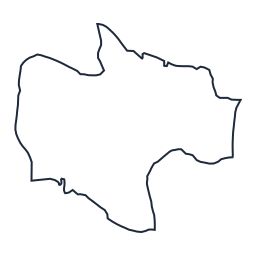 Qafl Shammar, Hajjah, Yemen
{"feature_id": "15242507B49516524141793", "entity_name": "Qafl Shammar", "entity_type": "district", "adm_level": 2, "iso_a3": "YEM", "parent_name": "Yemen", "parent_adm1": "Hajjah", "projection": "natural_earth1", "projection_center": [43.357, 15.907], "detail": "fine", "context": "isolated", "style": "outline", "palette": "slate", "viewbox_px": 256, "rotation_deg": 0, "n_neighbors": 0, "source": "geoboundaries", "source_scale": "gbopen_adm2", "svg_char_len": 2571}
<svg xmlns="http://www.w3.org/2000/svg" viewBox="0 0 256 256"><path d="M97.3,24.0L101.1,40.7L101.1,45.1L99.4,49.1L98.0,53.1L98.1,58.0L100.1,61.4L102.0,65.9L104.0,70.5L100.2,74.4L96.2,75.3L92.3,75.3L91.8,75.3L88.4,75.2L84.3,74.3L82.0,74.2L80.4,74.2L77.3,71.0L73.3,68.9L69.2,67.0L65.2,64.9L64.5,64.5L60.7,62.6L58.7,61.7L56.5,60.7L52.8,59.2L49.2,57.8L45.4,56.7L41.4,55.3L37.3,54.5L35.2,55.5L33.6,56.3L29.8,57.6L26.3,59.8L23.4,62.6L21.0,65.9L20.5,70.5L19.7,75.4L19.0,80.2L18.8,84.9L20.1,90.6L18.3,95.5L18.1,100.8L17.9,105.4L17.2,110.8L16.8,115.4L16.2,120.2L15.5,125.0L15.5,125.5L15.4,129.6L16.3,134.2L18.0,138.4L20.2,142.7L22.8,146.4L25.5,149.5L28.0,152.9L30.1,157.6L31.7,162.1L31.5,180.7L50.2,178.8L54.7,180.0L55.0,180.1L58.2,182.1L59.0,183.4L58.9,184.1L59.1,184.6L59.4,184.9L60.0,184.8L60.7,184.4L61.3,183.5L61.4,182.7L61.4,181.2L61.1,179.4L61.7,178.7L64.2,179.3L64.5,181.6L64.5,183.0L64.5,184.0L64.4,186.0L64.1,187.3L64.0,189.3L64.0,190.3L64.8,192.7L65.2,193.2L67.9,192.8L69.1,192.4L72.7,190.0L75.2,192.2L77.0,193.7L77.9,194.4L80.3,194.2L82.5,194.6L85.6,195.2L88.5,198.2L88.7,198.3L94.1,202.3L100.5,207.3L104.7,210.0L107.3,214.1L107.7,218.4L109.1,219.4L112.8,221.8L117.0,224.2L121.5,226.4L122.2,226.7L122.8,226.9L125.3,228.0L129.3,229.8L133.1,230.6L137.0,231.6L141.4,232.0L145.4,231.0L146.6,230.5L149.1,229.5L153.1,229.6L154.2,229.8L154.7,229.9L154.8,228.2L154.8,223.9L154.6,219.5L154.2,215.2L152.9,211.0L151.8,206.5L151.3,201.7L150.1,197.4L149.8,196.4L148.9,192.7L147.8,188.2L146.9,183.7L147.2,180.1L147.4,178.7L147.2,176.3L150.2,170.7L151.2,168.4L154.0,163.5L157.6,161.8L158.6,161.0L163.2,157.0L169.7,151.6L172.0,150.4L174.7,150.0L178.4,149.2L181.3,149.3L185.8,153.7L189.1,154.2L189.9,154.4L192.7,155.3L196.8,160.2L200.6,161.9L204.7,162.6L209.3,163.6L213.8,163.5L218.2,161.7L221.2,159.2L225.0,158.2L228.8,157.5L232.5,157.3L232.8,155.9L232.7,151.0L232.6,146.1L232.7,141.3L232.9,136.2L233.2,131.4L233.8,126.4L234.2,122.1L234.9,116.6L235.3,112.2L236.4,107.8L238.6,103.6L240.6,99.9L239.5,99.9L235.5,99.8L231.4,99.6L227.8,97.9L223.9,97.9L219.8,97.9L219.4,97.6L216.3,95.4L215.4,91.9L213.6,87.2L212.6,82.6L212.8,78.7L212.5,78.1L210.6,74.6L209.3,69.9L204.5,67.5L203.9,67.4L200.5,66.7L196.7,69.1L192.5,66.6L188.5,66.2L184.6,66.2L184.0,66.2L179.8,66.1L175.9,65.8L171.9,64.4L168.2,62.5L166.8,66.1L164.2,65.8L164.2,61.0L160.7,59.3L156.8,57.4L144.1,53.1L142.6,54.1L142.6,57.9L142.1,58.5L141.6,58.2L133.5,51.0L133.2,51.0L127.1,50.7L120.8,42.4L118.4,39.0L115.7,35.7L112.8,32.6L109.5,29.5L106.5,26.9L102.9,24.9L98.7,24.0L97.3,24.0Z" fill="none" stroke="#1e293b" stroke-width="2"/></svg>